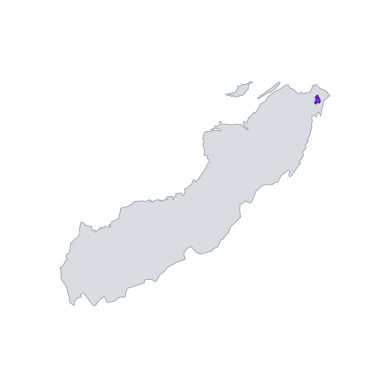 Eslöv, Skåne, Sweden shown in context, rotated 219°
{"feature_id": "70781695B18480802794079", "entity_name": "Eslöv", "entity_type": "district", "adm_level": 2, "iso_a3": "SWE", "parent_name": "Sweden", "parent_adm1": "Skåne", "projection": "albers", "projection_center": [13.408, 55.879], "detail": "fine", "context": "in_parent", "style": "filled", "palette": "violet", "viewbox_px": 384, "rotation_deg": 219, "n_neighbors": 0, "source": "geoboundaries", "source_scale": "gbopen_adm2", "svg_char_len": 4611}
<svg xmlns="http://www.w3.org/2000/svg" viewBox="0 0 384 384"><g transform="rotate(219 192 192)"><path d="M127.7,266.7L128.6,269.7L130.8,269.4L131.7,267.2L132.9,260.8L131.6,253.5L133.6,251.1L134.8,247.2L137.7,246.0L141.5,241.5L142.0,236.8L142.9,233.3L139.8,222.8L139.6,220.2L144.4,218.9L146.5,212.0L143.2,207.5L138.3,203.1L140.2,189.8L138.2,182.5L138.5,179.5L138.3,174.8L139.5,172.9L137.3,166.0L139.7,161.3L139.3,158.8L146.0,149.4L150.4,147.7L158.4,149.1L160.2,145.3L160.3,143.3L159.5,138.5L155.0,135.8L159.8,127.2L163.4,118.8L164.0,110.7L164.8,107.3L163.7,99.5L168.6,98.5L172.9,95.1L172.2,90.9L181.1,77.4L181.3,75.1L180.5,72.9L178.2,69.0L178.7,67.1L181.1,65.9L182.3,64.1L183.8,57.9L188.5,52.8L194.2,55.7L196.2,50.1L195.6,42.6L197.5,41.7L212.3,45.2L214.4,42.2L211.9,40.9L214.0,37.7L214.5,35.8L214.6,33.6L214.4,32.5L212.1,29.9L216.6,29.1L219.1,30.1L219.5,31.7L230.2,39.4L238.4,41.9L240.9,44.1L242.1,46.7L243.3,46.7L245.1,49.1L246.8,50.3L245.9,52.3L246.4,56.4L247.1,58.2L246.8,61.8L249.5,62.3L250.2,64.4L249.2,66.8L249.7,69.1L254.1,75.9L253.5,78.5L253.7,81.5L252.5,83.9L252.5,86.3L253.2,89.2L254.0,90.5L255.6,91.3L259.3,98.8L256.7,99.8L254.6,99.0L250.1,100.6L249.1,102.0L245.2,99.3L243.4,101.4L241.8,100.0L241.0,102.7L241.1,106.3L239.4,106.2L240.2,107.5L238.0,108.2L237.9,108.8L238.5,109.6L237.9,110.8L234.8,111.6L234.5,112.8L235.6,114.0L235.6,114.9L233.5,113.8L235.1,116.3L235.6,118.1L232.1,126.0L233.7,127.8L235.4,131.9L236.9,133.6L236.6,135.6L232.5,140.9L230.6,148.4L225.1,153.8L222.1,155.3L220.4,159.0L218.0,158.1L218.1,160.1L216.4,159.0L215.4,162.2L213.5,164.9L211.1,164.7L210.9,165.1L211.6,165.8L208.9,166.7L208.3,169.5L206.4,170.3L206.1,171.2L208.1,171.2L207.9,173.5L205.6,174.7L204.9,176.2L203.8,176.2L203.9,175.1L202.4,175.3L201.8,174.1L201.5,174.4L202.8,177.9L202.1,179.4L203.7,180.7L199.6,184.5L196.9,183.3L196.6,184.4L197.3,187.4L199.8,189.7L198.5,191.4L197.4,198.5L198.6,202.8L195.5,202.0L195.8,203.6L195.0,205.6L195.5,208.3L195.3,210.2L196.1,211.8L195.7,212.6L196.6,220.3L197.7,223.6L197.5,226.2L198.9,227.6L201.6,227.7L202.5,229.9L205.9,228.3L208.6,232.5L213.6,235.8L213.5,238.2L216.6,239.7L218.6,242.8L219.5,245.5L219.4,247.2L215.0,252.1L211.6,255.4L207.9,257.5L208.2,258.2L210.1,258.4L214.5,255.9L215.9,257.7L213.5,258.8L213.2,261.4L212.3,263.2L202.5,269.8L201.2,271.7L196.8,275.0L188.6,275.1L187.4,275.8L194.6,276.7L196.3,278.9L193.0,280.4L194.8,285.6L193.9,286.9L194.1,292.7L192.9,292.8L192.5,295.3L193.4,301.0L194.1,302.6L193.9,304.3L192.1,308.3L192.9,313.0L191.0,321.6L188.6,326.7L186.8,333.4L184.6,335.8L181.9,334.5L178.0,335.4L170.8,335.3L169.9,336.0L170.5,338.4L167.8,338.1L163.3,343.3L163.2,345.7L165.1,350.5L162.9,353.7L157.9,353.0L151.3,354.9L145.5,353.4L146.2,351.7L146.7,345.3L140.1,332.3L143.2,333.7L144.5,333.0L142.6,328.8L145.3,328.5L146.1,327.0L145.6,324.6L143.5,323.5L141.6,319.7L139.7,317.7L136.3,310.0L135.1,304.7L134.0,305.2L133.0,299.1L131.2,298.2L131.0,292.1L129.0,291.3L127.8,288.5L127.8,283.2L125.5,282.5L125.9,280.0L125.4,270.6L124.7,267.7L125.4,265.6L126.6,265.4L127.7,266.7ZM224.4,292.7L223.4,293.3L222.9,295.0L221.3,296.0L221.5,301.3L223.1,303.2L221.6,304.2L220.7,307.1L218.0,309.2L217.0,311.1L216.5,313.8L214.1,315.3L215.7,311.3L213.0,307.0L213.5,305.3L213.0,300.2L217.6,293.3L219.9,292.4L221.0,293.0L221.3,291.4L222.0,290.9L224.4,292.7ZM193.8,331.5L192.6,332.7L192.1,331.1L192.0,324.9L194.5,317.5L195.7,316.8L198.7,306.7L199.0,306.1L200.3,306.6L199.4,307.6L199.6,309.3L197.7,314.7L197.2,318.2L196.5,319.1L193.8,331.5ZM225.3,290.5L225.1,292.0L223.8,290.9L224.9,289.1L227.4,289.4L225.3,290.5ZM216.5,252.7L215.2,255.1L214.8,254.2L215.0,253.0L216.5,252.7ZM214.0,265.0L213.2,265.2L213.7,263.6L214.7,263.1L214.0,265.0Z" fill="#d9dde1" stroke="#a8b0b8" stroke-width="1"/><path d="M150.3,343.6L150.5,343.9L150.8,344.0L151.2,344.0L151.3,344.2L151.5,344.5L152.3,344.6L152.5,344.9L153.1,345.0L153.4,345.0L153.7,345.3L154.1,345.4L154.4,345.6L154.7,345.9L155.2,346.0L155.4,345.7L155.5,345.3L155.4,344.9L155.1,344.7L155.2,344.4L155.5,343.9L155.8,343.5L155.6,343.2L155.0,343.1L154.8,343.0L154.7,343.0L154.4,343.3L154.3,343.7L154.2,343.9L154.0,344.0L153.7,343.6L153.7,343.4L153.5,343.0L153.4,342.8L153.3,342.5L153.2,341.8L153.3,341.4L153.5,341.3L153.6,341.0L153.4,340.7L153.2,340.4L153.0,340.1L152.7,340.1L152.6,339.9L152.6,339.2L152.6,338.5L152.2,338.5L151.9,338.5L152.0,338.6L151.7,339.1L151.2,339.5L151.1,340.0L151.2,340.6L151.2,340.9L151.1,341.3L150.9,341.2L150.7,340.9L150.3,341.0L149.9,341.3L149.7,341.2L149.2,341.5L149.5,342.0L149.6,342.3L149.5,342.6L149.8,342.6L150.2,342.7L150.3,343.2L150.3,343.6L150.3,343.6Z" fill="#8b5cf6" stroke="#5b21b6" stroke-width="1.5"/></g></svg>